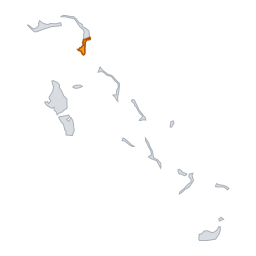 where South Abaco sits in The Bahamas
{"feature_id": "BHS-5016", "entity_name": "South Abaco", "entity_type": "District", "adm_level": 1, "iso_a3": "BHS", "parent_name": "The Bahamas", "parent_adm1": "", "projection": "robinson", "projection_center": [-77.194, 26.12], "detail": "fine", "context": "in_parent", "style": "filled", "palette": "amber", "viewbox_px": 256, "rotation_deg": 0, "n_neighbors": 0, "source": "natural_earth", "source_scale": "10m", "svg_char_len": 3739}
<svg xmlns="http://www.w3.org/2000/svg" viewBox="0 0 256 256"><path d="M66.9,99.2L66.9,103.7L67.2,107.1L66.9,108.3L63.4,110.6L62.5,111.8L59.2,113.1L57.2,114.9L56.2,112.0L54.3,110.2L54.0,107.2L52.5,108.2L50.3,107.6L46.8,105.3L44.6,102.1L47.7,101.6L48.4,103.5L50.8,101.2L50.3,99.9L49.8,99.7L49.0,97.4L52.7,91.3L53.5,87.3L51.9,81.0L53.5,80.6L57.6,82.8L59.5,85.0L59.5,88.0L61.3,90.3L63.8,95.9L66.9,99.2ZM69.7,116.3L69.8,117.2L66.6,119.6L68.9,121.3L71.1,117.6L72.8,120.6L73.8,126.2L73.6,127.1L73.8,128.0L74.1,129.0L74.2,130.6L72.4,135.5L66.0,135.0L65.9,130.9L64.9,130.1L63.4,124.2L61.4,122.3L58.6,117.5L60.3,116.2L62.4,116.6L63.5,116.0L66.5,115.6L68.3,114.9L69.7,116.3ZM220.1,231.1L219.1,233.8L215.7,239.1L208.0,240.4L199.5,240.6L198.9,239.2L198.7,237.9L199.3,236.0L199.2,235.2L198.9,234.4L202.0,233.6L204.0,231.1L207.2,230.7L211.2,232.4L213.3,232.5L216.5,230.6L219.0,226.5L220.5,227.1L220.1,231.1ZM83.7,54.2L83.0,54.6L80.2,50.8L78.0,49.7L81.5,47.1L83.0,44.8L83.0,39.8L83.8,37.1L83.5,34.7L84.3,32.3L83.3,29.6L80.3,27.4L74.5,18.9L65.4,16.8L60.6,16.7L63.2,15.4L65.6,15.5L69.3,16.3L73.8,16.7L76.5,19.3L79.1,22.6L81.4,23.9L82.4,24.8L82.3,25.8L82.7,26.7L85.7,28.2L88.8,30.7L89.7,38.1L85.5,41.6L84.8,52.3L83.7,54.2ZM43.0,23.3L46.9,24.4L49.0,24.3L50.2,23.5L56.0,23.8L60.6,22.7L61.3,24.7L61.2,25.7L51.3,26.7L42.2,29.6L37.2,31.6L34.9,31.9L33.1,30.8L27.2,24.8L28.8,25.4L33.2,28.8L35.9,28.2L38.5,25.9L38.9,24.2L38.5,23.4L39.6,20.7L43.0,23.3ZM102.2,69.9L107.6,74.1L112.1,75.7L117.0,81.0L119.1,82.9L119.5,84.6L118.7,92.5L117.6,97.2L117.8,101.3L116.6,100.1L115.4,97.4L113.5,95.8L112.9,95.0L116.3,94.8L116.6,90.6L118.3,87.2L118.0,83.7L114.0,79.8L111.3,76.4L107.1,75.4L103.2,72.0L100.8,71.6L98.0,72.2L99.0,70.1L99.7,67.5L100.2,67.0L102.2,69.9ZM160.9,167.2L160.7,168.2L156.6,160.7L151.4,158.8L148.5,157.0L149.1,156.0L151.1,155.6L151.5,153.2L150.6,150.6L147.9,145.4L146.3,141.9L145.6,141.1L145.4,138.1L148.6,142.7L150.0,146.8L152.2,150.7L153.6,157.6L157.7,159.9L160.7,163.2L160.9,167.2ZM181.6,192.7L179.3,193.9L179.8,191.9L184.1,188.6L186.5,185.7L187.9,184.7L188.4,183.9L190.3,182.8L191.2,181.0L191.0,179.4L188.9,176.9L189.0,175.2L189.6,173.9L193.0,173.3L192.1,175.2L193.5,180.6L189.1,187.2L185.2,189.3L181.6,192.7ZM145.6,118.2L145.8,120.1L143.7,119.7L140.5,120.5L139.3,120.5L140.0,119.2L142.2,117.4L142.3,115.7L139.6,113.3L136.4,107.3L134.9,105.8L134.2,103.6L131.5,101.1L132.0,99.8L132.6,99.5L134.4,100.1L138.5,108.8L138.8,109.7L145.6,118.2ZM219.3,184.7L221.3,185.2L222.4,185.2L226.1,186.3L228.3,187.8L228.8,188.5L227.7,189.9L224.2,187.2L221.3,186.9L217.1,187.0L215.4,186.5L216.5,183.7L219.3,184.7ZM186.3,173.6L187.0,174.3L185.0,175.8L180.3,173.9L179.3,174.1L178.3,172.1L178.0,170.6L178.2,169.3L181.0,170.3L182.5,172.2L186.3,173.6ZM79.7,87.7L76.1,88.4L73.5,87.7L72.8,87.0L73.9,86.0L76.4,85.1L80.3,85.1L82.1,86.1L82.3,86.5L79.7,87.7ZM134.2,146.3L132.8,146.6L130.4,145.6L124.7,141.0L122.1,140.6L123.0,138.0L125.0,138.9L129.5,142.9L131.3,144.8L134.2,146.3ZM174.0,123.1L171.5,127.2L170.1,126.9L170.9,121.8L172.6,120.9L173.3,121.0L174.0,123.1ZM223.6,219.3L219.3,221.1L218.8,219.0L221.0,217.2L223.6,219.3Z" fill="#d9dde1" stroke="#a8b0b8" stroke-width="1"/><path d="M89.9,37.3L90.0,37.7L90.1,38.0L90.3,38.2L90.4,38.3L90.4,38.6L90.4,38.8L90.1,39.3L89.9,39.5L89.6,39.6L89.0,39.7L89.2,39.0L88.2,39.2L87.2,39.7L86.3,40.6L85.6,41.4L85.3,42.4L85.0,45.2L85.1,45.9L84.7,48.1L84.9,51.1L84.8,53.8L83.6,55.0L82.8,54.5L82.0,53.4L81.5,52.2L81.3,51.5L80.8,51.0L78.4,50.4L77.8,49.5L78.3,49.5L78.9,49.3L79.4,48.9L79.7,48.0L80.1,47.9L80.6,47.8L81.0,47.6L82.2,46.2L82.9,45.5L83.7,45.2L83.5,44.9L83.4,44.6L83.3,44.2L83.3,43.7L83.2,43.5L82.9,43.3L82.7,43.0L82.6,42.6L82.8,42.2L83.1,41.8L83.4,41.5L83.5,40.9L83.5,39.9L89.9,37.3Z" fill="#f59e0b" stroke="#b45309" stroke-width="1.5"/></svg>